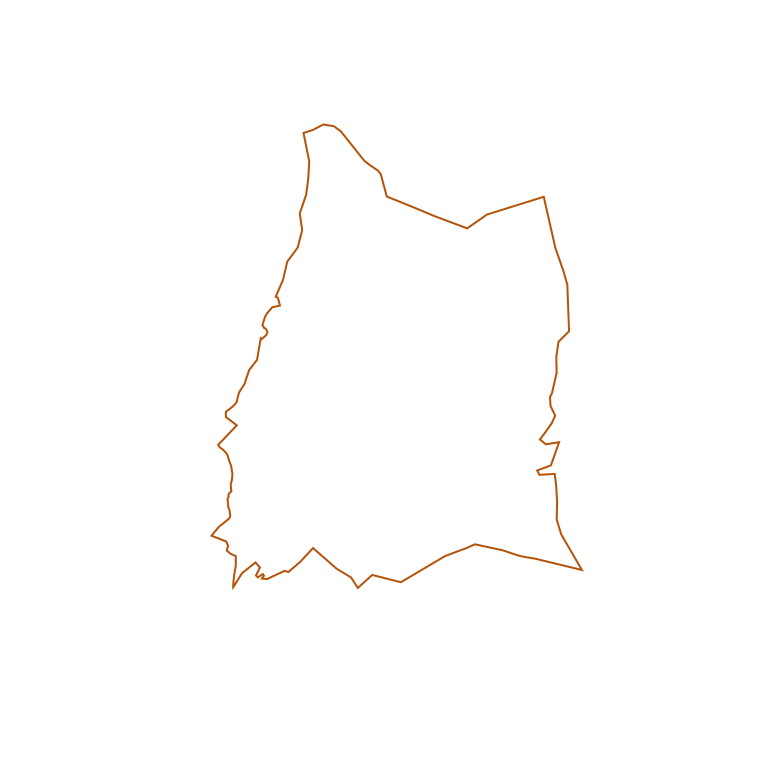 the district of Gubio, Borno, Nigeria, rotated 331°
{"feature_id": "59680162B83800309048446", "entity_name": "Gubio", "entity_type": "district", "adm_level": 2, "iso_a3": "NGA", "parent_name": "Nigeria", "parent_adm1": "Borno", "projection": "albers", "projection_center": [12.673, 12.672], "detail": "fine", "context": "isolated", "style": "outline", "palette": "amber", "viewbox_px": 768, "rotation_deg": 331, "n_neighbors": 0, "source": "geoboundaries", "source_scale": "gbopen_adm2", "svg_char_len": 1870}
<svg xmlns="http://www.w3.org/2000/svg" viewBox="0 0 768 768"><g transform="rotate(331 384 384)"><path d="M153.5,488.7L168.2,480.6L185.1,477.8L186.5,484.4L179.2,489.4L179.9,492.0L185.8,491.5L186.1,493.4L182.9,495.0L187.1,497.9L206.4,499.2L209.2,502.1L224.6,498.9L242.4,493.1L253.0,522.6L261.4,537.2L262.2,549.7L281.1,545.3L302.6,565.5L307.7,565.4L353.9,564.1L369.0,566.3L375.8,567.4L385.8,568.3L406.9,586.7L413.1,593.5L416.4,597.1L420.5,601.2L425.6,605.4L431.0,609.6L466.9,642.6L466.1,601.4L469.4,586.1L478.1,571.3L485.6,555.7L489.7,545.4L475.9,538.8L476.1,533.9L490.5,536.1L508.9,519.8L496.3,515.2L493.5,508.1L502.7,504.0L511.8,499.6L513.9,498.0L518.4,494.6L519.0,484.0L522.8,476.0L525.3,474.3L525.9,473.8L526.6,473.3L540.5,457.8L547.9,443.7L557.1,431.7L571.4,427.6L592.4,386.2L595.7,372.2L599.8,348.2L614.5,297.7L556.2,285.7L532.2,288.2L509.1,261.1L494.2,242.2L477.3,221.4L482.9,199.0L482.2,194.5L477.7,185.6L475.0,179.3L468.7,141.9L465.2,134.3L456.8,127.6L444.6,127.3L435.3,125.4L426.5,153.1L416.9,168.3L407.6,180.8L393.0,194.0L387.1,209.7L374.7,222.8L358.8,230.0L346.2,243.9L331.6,255.2L333.0,257.2L331.0,265.0L323.4,262.7L316.0,265.5L312.6,267.5L306.2,273.6L306.3,274.6L306.3,276.8L307.3,278.1L307.4,281.9L304.9,284.1L298.9,285.4L298.4,284.2L284.7,301.3L273.0,306.3L266.0,312.6L262.2,316.2L253.0,321.2L246.0,328.7L240.2,330.5L232.3,331.6L229.7,336.2L235.2,348.8L209.5,356.8L209.6,359.6L211.2,363.0L212.3,366.8L212.7,369.9L211.5,375.3L210.6,381.6L208.9,386.0L208.0,388.9L204.5,394.1L201.4,397.3L199.6,401.0L198.5,403.8L194.7,404.9L193.4,407.3L191.5,408.5L188.1,416.3L187.7,419.5L185.4,425.2L183.3,426.6L178.2,427.5L170.1,428.9L159.6,433.1L169.6,445.2L169.2,449.9L165.7,453.4L167.6,458.3L170.9,462.6L170.2,464.0L168.3,467.4L167.1,469.6L165.8,471.7L160.4,478.3L159.5,479.8L157.9,481.8L153.6,488.4L153.5,488.7Z" fill="none" stroke="#b45309" stroke-width="2"/></g></svg>